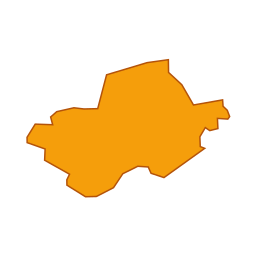 Yirol West, Lakes, South Sudan, rotated 166°
{"feature_id": "79223893B91549387440575", "entity_name": "Yirol West", "entity_type": "district", "adm_level": 2, "iso_a3": "SSD", "parent_name": "South Sudan", "parent_adm1": "Lakes", "projection": "albers", "projection_center": [30.461, 6.386], "detail": "fine", "context": "isolated", "style": "filled", "palette": "amber", "viewbox_px": 256, "rotation_deg": 166, "n_neighbors": 0, "source": "geoboundaries", "source_scale": "gbopen_adm2", "svg_char_len": 633}
<svg xmlns="http://www.w3.org/2000/svg" viewBox="0 0 256 256"><g transform="rotate(166 128 128)"><path d="M152.7,154.1L166.1,157.1L175.6,160.7L193.2,161.1L200.4,157.4L200.3,149.4L217.1,154.2L228.2,143.4L229.4,138.2L213.5,127.7L216.7,116.9L195.9,97.3L199.9,92.5L201.1,87.3L185.9,71.6L175.2,69.2L156.5,73.6L144.1,84.9L127.8,88.5L117.8,85.3L116.6,78.5L105.1,71.2L58.5,89.7L62.4,92.5L60.4,102.1L52.9,109.7L49.3,105.7L40.9,105.7L38.9,115.7L29.0,112.5L26.6,114.5L27.4,121.2L30.5,126.1L29.4,132.4L58.9,134.5L65.3,156.9L75.2,172.1L72.3,184.5L93.7,186.8L135.9,184.8L152.7,154.1Z" fill="#f59e0b" stroke="#b45309" stroke-width="1.5"/></g></svg>